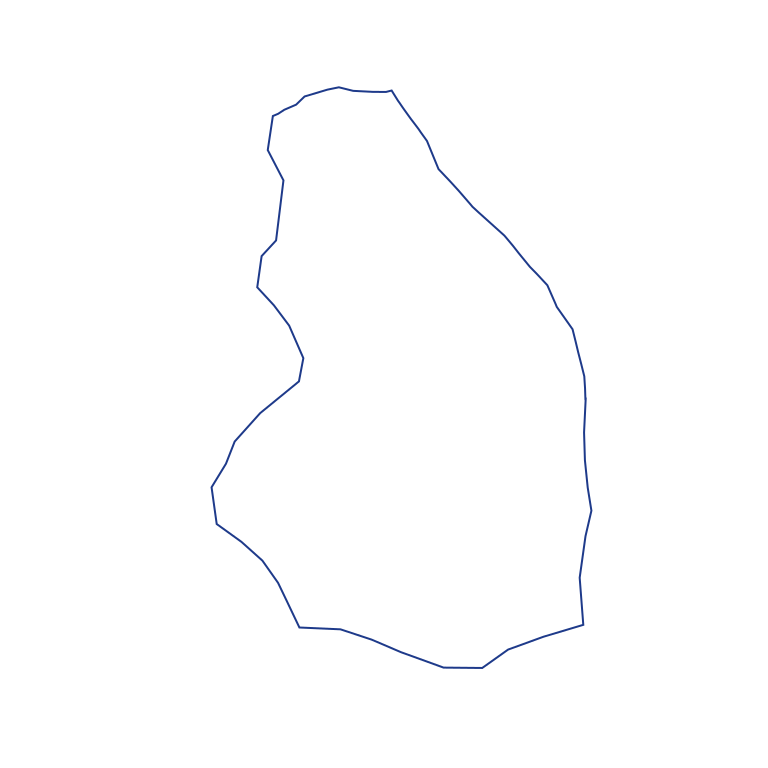 Liopetri, Famagusta, Cyprus, rotated 166°
{"feature_id": "46923920B85903547273870", "entity_name": "Liopetri", "entity_type": "district", "adm_level": 2, "iso_a3": "CYP", "parent_name": "Cyprus", "parent_adm1": "Famagusta", "projection": "robinson", "projection_center": [33.886, 35.0], "detail": "fine", "context": "isolated", "style": "outline", "palette": "blue", "viewbox_px": 768, "rotation_deg": 166, "n_neighbors": 0, "source": "geoboundaries", "source_scale": "gbopen_adm2", "svg_char_len": 1123}
<svg xmlns="http://www.w3.org/2000/svg" viewBox="0 0 768 768"><g transform="rotate(166 384 384)"><path d="M525.0,168.2L485.6,156.5L457.9,139.0L432.3,119.6L394.8,94.4L357.4,84.7L327.8,96.3L290.3,100.2L248.9,102.1L241.0,148.7L225.3,187.6L213.4,210.9L211.4,234.2L207.5,261.4L201.6,288.6L191.9,320.8L192.2,320.8L190.0,331.0L187.8,343.0L187.8,355.7L187.9,367.8L187.8,378.9L187.8,391.5L197.3,416.0L197.7,417.0L198.1,419.8L201.6,440.3L209.0,453.7L214.1,462.4L221.7,478.5L225.4,486.8L230.1,496.5L231.3,498.9L250.7,527.6L252.4,530.2L254.9,534.0L255.2,534.4L256.4,536.9L264.7,553.3L270.8,564.6L279.1,579.3L283.5,609.4L287.5,619.5L288.7,622.8L291.5,629.4L293.8,634.7L297.9,645.0L299.1,648.1L300.9,653.0L301.9,655.5L305.6,666.9L311.5,666.9L324.6,670.3L343.0,675.9L356.0,682.8L367.7,683.3L391.5,682.2L401.7,676.3L414.4,674.2L421.3,671.8L427.0,670.9L440.2,639.1L432.3,605.9L454.0,549.4L471.8,537.7L483.6,508.5L471.8,487.0L461.9,463.6L456.0,428.6L465.9,407.1L511.2,385.7L542.8,364.3L556.6,344.9L576.3,325.5L580.2,288.6L560.5,265.3L544.7,242.0L534.9,216.7L530.9,197.3L525.0,168.2Z" fill="none" stroke="#1e3a8a" stroke-width="2"/></g></svg>